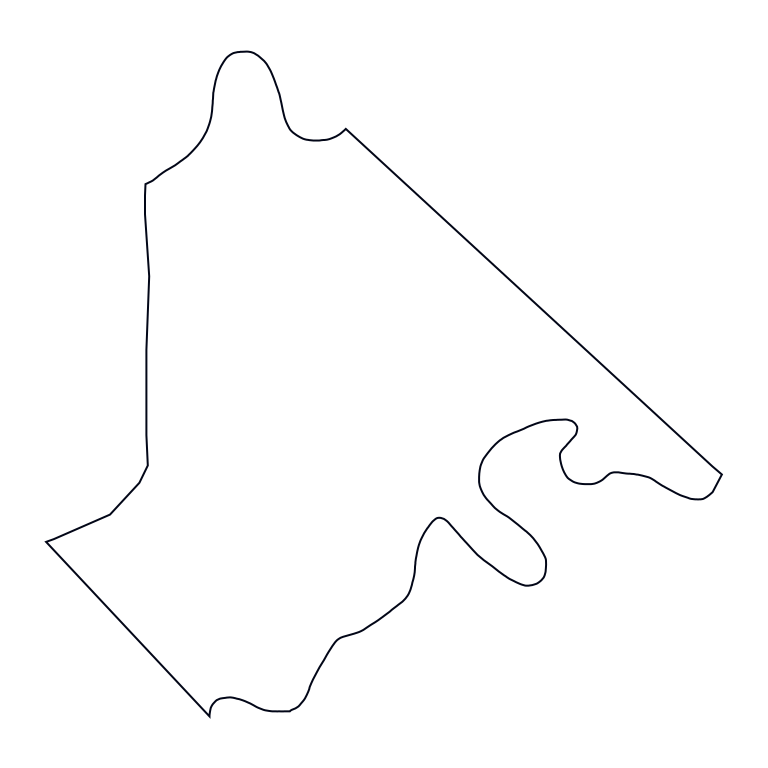 Morne Assau/Babonneau, Dauphin, Saint Lucia (Mercator projection)
{"feature_id": "8701671B48601442509190", "entity_name": "Morne Assau/Babonneau", "entity_type": "district", "adm_level": 2, "iso_a3": "LCA", "parent_name": "Saint Lucia", "parent_adm1": "Dauphin", "projection": "mercator", "projection_center": [-60.931, 13.991], "detail": "fine", "context": "isolated", "style": "outline", "palette": "ink", "viewbox_px": 768, "rotation_deg": 0, "n_neighbors": 0, "source": "geoboundaries", "source_scale": "gbopen_adm2", "svg_char_len": 6073}
<svg xmlns="http://www.w3.org/2000/svg" viewBox="0 0 768 768"><path d="M46.1,541.9L209.5,716.4L209.5,715.5L209.7,713.6L210.2,710.5L210.8,707.8L211.6,706.1L212.5,704.6L213.2,703.7L215.4,701.3L216.6,700.2L218.1,699.5L219.9,698.7L220.8,698.5L222.6,698.2L225.8,697.8L226.8,697.6L229.5,697.4L230.8,697.4L232.1,697.6L233.0,697.7L234.7,698.1L235.6,698.3L236.5,698.6L239.4,699.2L242.7,700.3L245.1,701.2L248.0,702.5L250.3,703.5L253.8,705.4L255.5,706.4L257.2,707.3L258.8,708.0L263.4,709.8L265.2,710.3L268.8,710.9L271.0,711.2L272.1,711.3L274.8,711.3L277.4,711.4L279.1,711.3L280.9,711.4L289.9,711.3L290.5,710.6L291.9,709.8L295.4,708.4L297.0,707.4L298.5,706.4L299.8,705.0L301.0,703.5L302.9,701.3L304.0,699.9L305.0,698.4L306.8,694.9L308.2,691.8L309.2,689.2L309.6,687.4L309.9,686.5L310.6,684.9L311.3,683.2L313.0,679.5L316.8,672.3L319.5,667.3L321.1,664.7L322.7,662.1L323.9,660.2L327.0,654.6L328.5,652.1L332.4,646.0L335.0,642.4L335.6,641.7L336.9,640.3L338.3,639.2L340.5,637.8L343.1,636.8L354.0,633.7L357.4,632.6L359.1,632.0L360.9,631.2L363.4,629.9L366.9,627.5L370.8,624.9L375.5,622.0L378.2,620.2L387.4,613.4L389.7,611.7L391.8,609.8L394.0,608.1L396.8,606.0L398.4,604.7L399.2,604.1L402.4,601.7L403.7,600.4L405.5,598.5L406.6,597.0L407.6,595.7L408.6,594.0L409.3,592.5L410.5,589.6L411.9,584.9L412.4,582.5L412.9,580.8L413.2,579.8L413.7,577.7L414.2,575.4L414.7,572.2L415.0,568.1L415.0,566.8L415.4,563.4L415.4,562.3L415.9,558.6L416.5,555.6L416.9,553.3L417.3,551.3L418.1,547.8L418.9,545.0L420.0,541.9L420.6,540.3L421.8,537.8L424.2,533.1L427.3,528.3L428.0,527.5L429.6,525.2L431.8,522.4L432.4,521.7L433.0,521.1L435.7,518.8L436.5,518.4L437.3,518.0L438.7,517.8L439.6,517.8L440.8,517.9L443.0,518.6L443.9,518.9L445.5,520.0L447.2,521.3L448.6,522.7L451.3,525.9L453.5,528.3L454.4,529.4L458.8,534.3L460.9,536.9L461.8,537.8L465.4,541.8L466.2,542.6L467.1,543.6L469.2,545.9L470.0,546.8L472.8,549.9L477.5,554.9L482.2,558.8L483.7,560.1L492.3,566.3L493.8,567.5L498.8,571.5L504.5,575.6L505.4,576.1L507.0,577.3L509.5,578.9L514.2,581.2L516.1,582.2L519.7,583.8L521.5,584.5L523.5,585.1L525.2,585.6L527.0,585.7L528.2,585.7L530.2,585.4L532.2,585.1L533.9,584.6L535.8,584.0L536.6,583.7L537.4,583.3L539.3,582.0L541.0,580.6L541.7,579.9L543.7,577.5L544.1,576.6L544.6,575.5L545.4,572.6L545.6,571.6L545.9,568.1L546.1,564.7L546.0,560.7L545.9,559.7L545.7,558.8L545.1,557.2L544.2,555.4L543.2,553.4L541.8,551.0L540.4,548.5L539.3,546.6L537.5,543.8L536.4,542.4L533.2,538.2L530.3,535.1L527.1,532.2L526.4,531.5L525.6,531.0L522.5,528.5L521.0,527.2L517.9,524.6L514.2,521.7L512.7,520.5L509.0,517.6L507.2,516.4L503.4,514.2L499.8,511.9L497.7,510.3L494.9,508.0L493.1,506.1L491.1,503.8L487.1,499.5L485.9,498.0L483.7,494.9L482.1,491.8L481.3,490.0L480.6,488.3L479.8,486.0L479.4,483.9L479.1,482.0L479.1,480.0L479.1,479.0L479.1,477.0L479.3,473.5L479.7,470.3L480.4,466.5L481.0,464.6L481.7,462.9L482.8,460.2L483.8,458.4L486.6,454.6L487.9,452.9L491.6,448.3L495.5,444.2L497.7,442.2L499.8,440.4L501.3,439.4L503.5,437.8L504.3,437.4L508.5,435.2L512.1,433.5L514.1,432.6L516.3,431.8L517.2,431.5L521.1,429.9L524.0,428.7L526.5,427.4L529.0,426.3L535.8,423.7L539.2,422.6L542.4,421.7L546.3,420.8L548.2,420.6L550.1,420.3L553.2,420.0L556.4,419.9L557.2,419.8L561.7,419.7L565.7,419.5L567.4,419.7L570.7,420.7L571.7,420.9L572.5,421.4L574.0,422.5L574.9,423.3L575.6,424.2L576.5,425.7L577.1,426.6L577.3,428.6L576.9,431.1L576.5,432.8L575.8,434.6L575.2,435.4L574.0,436.8L572.6,438.3L571.3,439.7L570.1,441.2L566.9,444.7L566.3,445.6L564.5,447.4L563.1,448.9L561.8,450.4L561.0,451.8L560.1,453.5L559.9,455.5L560.0,457.5L560.2,459.6L561.1,463.9L561.8,466.4L562.9,469.5L563.4,470.6L564.1,472.2L565.6,474.9L566.5,476.3L567.1,477.1L567.7,477.9L569.0,479.0L572.2,481.1L573.2,481.7L574.8,482.4L575.8,482.7L577.5,483.2L579.2,483.6L582.6,484.0L584.5,484.1L591.3,484.1L592.2,484.0L594.1,483.7L594.9,483.5L596.9,482.8L599.7,481.5L600.6,481.0L602.5,479.8L604.1,478.4L607.2,475.6L608.1,474.9L609.6,473.7L611.4,472.9L613.5,472.4L615.1,472.3L618.2,472.3L622.5,473.0L626.1,473.5L628.7,473.7L629.9,473.7L631.8,473.9L633.8,474.0L636.9,474.6L637.8,474.6L642.2,475.6L646.8,476.8L648.6,477.3L650.3,478.0L652.1,479.0L654.7,480.6L656.0,481.6L660.1,484.3L662.5,485.8L663.9,486.5L665.6,487.5L670.6,490.2L672.1,491.0L676.0,493.1L680.1,495.1L682.5,496.0L687.9,497.8L689.1,498.3L690.0,498.6L691.2,498.9L693.9,499.2L694.9,499.3L698.2,499.4L700.9,499.3L702.8,499.0L703.6,498.7L705.1,497.9L706.9,496.8L709.3,495.0L712.0,492.7L712.7,492.0L721.9,474.5L712.4,466.4L345.8,128.9L344.7,130.0L341.4,132.9L339.6,134.3L337.1,135.8L336.3,136.3L334.3,137.2L331.6,138.3L329.4,139.1L327.0,139.7L324.5,140.0L323.5,140.0L321.4,140.2L320.3,140.4L319.4,140.5L313.0,140.5L309.2,140.1L308.2,139.9L306.5,139.7L304.5,139.2L302.8,138.6L300.0,137.2L298.8,136.5L296.8,135.3L295.8,134.6L293.2,132.7L292.3,131.9L291.4,131.0L290.2,129.7L289.7,128.9L289.2,128.1L288.8,127.2L288.2,126.2L286.8,123.3L286.1,121.8L284.7,118.0L283.9,114.9L282.8,110.2L281.4,103.1L280.6,99.6L280.4,98.6L279.6,95.0L279.1,93.2L278.6,92.1L277.1,87.5L276.1,84.9L275.0,81.7L273.9,78.7L272.1,74.3L270.8,71.3L269.8,69.4L266.9,64.4L266.1,63.3L264.1,60.9L263.3,60.2L259.2,56.6L257.7,55.4L256.3,54.6L255.1,53.8L253.9,53.1L252.8,52.7L251.0,52.1L248.5,51.7L247.3,51.6L246.2,51.6L244.4,51.7L241.7,51.8L240.5,51.8L239.6,52.0L237.7,52.1L235.9,52.5L234.9,52.7L233.4,53.1L231.8,53.9L230.0,55.0L227.9,56.6L226.9,57.5L225.8,58.8L224.5,60.6L223.5,62.1L221.1,66.1L219.3,69.8L218.2,72.6L216.9,76.2L216.0,79.6L215.7,80.4L214.0,88.8L213.6,91.5L213.3,92.7L213.0,98.9L212.8,100.3L212.7,103.4L212.3,107.3L212.2,109.1L212.0,111.4L211.4,115.6L211.2,116.9L210.0,121.7L209.3,124.0L207.7,128.5L206.6,131.3L204.6,134.9L202.9,138.0L200.1,142.2L197.3,145.8L195.0,148.4L192.8,150.8L190.4,153.3L188.5,155.1L187.9,155.8L185.4,157.8L184.5,158.4L182.4,160.0L180.5,161.3L178.0,163.2L175.1,165.3L169.3,168.7L166.1,170.5L162.8,172.7L159.0,175.5L156.5,177.7L155.8,178.2L152.9,180.5L151.3,181.4L148.5,182.7L147.6,183.2L145.5,184.1L145.0,195.4L145.0,214.2L149.2,276.3L146.4,349.9L146.4,435.1L147.8,465.5L139.4,482.8L110.0,514.6L53.9,539.1L46.1,541.9Z" fill="none" stroke="#020617" stroke-width="2"/></svg>